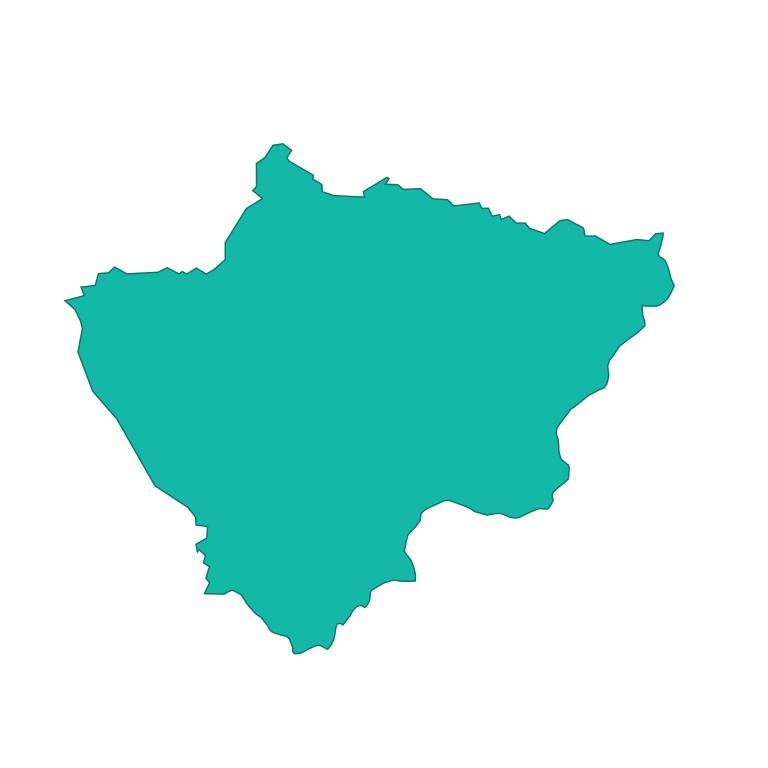 outline of Novatsi, Novaci, North Macedonia, rotated 351°
{"feature_id": "65306769B28760853140319", "entity_name": "Novatsi", "entity_type": "district", "adm_level": 2, "iso_a3": "MKD", "parent_name": "North Macedonia", "parent_adm1": "Novaci", "projection": "albers", "projection_center": [21.684, 41.019], "detail": "fine", "context": "isolated", "style": "filled", "palette": "teal", "viewbox_px": 768, "rotation_deg": 351, "n_neighbors": 0, "source": "geoboundaries", "source_scale": "gbopen_adm2", "svg_char_len": 3225}
<svg xmlns="http://www.w3.org/2000/svg" viewBox="0 0 768 768"><g transform="rotate(351 384 384)"><path d="M173.8,563.0L176.5,563.5L184.1,564.8L190.3,566.0L193.6,566.5L196.5,565.2L202.1,563.8L203.9,565.1L210.1,570.0L213.5,578.0L216.1,582.9L217.9,585.6L221.4,590.9L222.9,592.5L226.1,595.3L231.5,604.9L232.6,608.6L234.2,611.0L236.2,612.4L242.8,615.7L247.8,617.7L249.5,619.1L250.8,621.7L252.4,628.9L252.6,631.1L251.9,633.4L253.4,636.4L258.4,636.9L261.9,636.2L268.1,633.9L274.5,632.1L276.0,631.7L279.7,632.1L283.3,634.6L285.9,636.7L286.9,637.1L288.8,635.7L291.3,633.1L294.5,628.1L296.2,624.0L298.0,617.9L300.0,613.7L303.7,613.6L305.8,615.5L314.3,607.6L316.5,604.6L318.2,602.6L322.0,599.8L324.6,599.1L326.2,599.2L326.8,599.3L327.4,599.5L329.8,601.6L331.5,600.8L333.5,598.8L335.7,596.0L336.6,593.2L337.5,589.4L338.5,586.7L340.1,585.6L342.6,584.5L352.4,580.5L363.1,579.1L369.8,581.4L374.4,582.2L384.0,583.5L385.2,578.2L385.0,573.2L384.4,567.8L382.6,561.1L379.6,555.9L377.9,552.4L381.2,543.2L383.7,537.5L385.8,535.0L392.4,530.3L398.4,524.6L399.0,522.4L400.3,517.8L404.0,515.2L408.2,513.4L421.8,509.7L424.5,508.9L428.1,508.6L430.7,509.4L442.9,516.2L446.3,518.1L448.5,519.5L450.8,521.3L453.2,523.9L465.2,529.6L473.8,529.4L479.0,530.1L483.3,532.6L487.2,535.1L491.5,536.6L496.1,537.1L508.5,533.3L517.3,531.3L519.9,531.8L525.2,533.0L526.3,532.9L527.3,532.3L530.1,529.1L532.3,526.3L533.1,524.4L532.3,522.5L532.7,520.6L533.7,517.9L537.6,514.9L542.9,511.7L544.3,511.0L547.8,509.0L551.3,506.5L553.8,495.8L553.3,492.9L550.1,489.3L547.2,486.0L546.3,480.4L546.3,476.8L546.4,475.4L547.0,471.3L547.3,465.4L546.3,460.1L547.9,454.5L553.4,448.9L563.4,439.3L564.5,438.2L570.8,435.0L572.8,434.0L573.2,433.7L584.0,427.3L595.9,423.3L600.6,422.2L604.0,418.9L605.8,415.0L607.4,410.3L607.5,407.6L607.7,401.2L610.4,396.0L615.0,391.8L622.3,383.6L633.1,377.6L638.5,375.0L642.5,373.0L650.8,367.3L651.3,362.8L650.3,357.2L650.5,351.5L651.1,347.1L658.8,348.7L665.1,349.7L669.3,349.0L673.6,346.8L677.8,343.7L680.4,340.6L686.0,332.6L684.0,325.2L683.1,315.3L682.5,311.8L681.2,306.9L680.6,305.7L679.1,304.0L676.2,301.4L675.2,298.8L675.3,297.9L679.1,290.5L682.7,281.4L683.3,278.6L675.6,278.2L668.3,284.0L656.3,280.9L629.1,281.5L615.7,270.8L605.8,269.5L605.4,261.2L590.9,250.3L583.2,250.2L566.1,260.5L552.1,253.0L548.7,247.2L539.9,245.8L533.7,237.7L525.5,239.9L524.7,234.9L517.0,235.1L514.6,226.8L508.2,225.8L506.3,220.1L480.9,219.1L475.6,211.9L461.4,208.9L450.6,196.8L433.8,194.9L428.5,189.3L416.6,186.9L421.1,181.8L419.2,180.4L393.7,190.8L394.0,196.4L364.0,190.1L353.2,184.5L353.7,177.1L345.7,170.5L346.9,166.8L325.5,149.4L323.2,145.5L329.2,138.9L321.7,131.0L311.7,130.9L301.9,141.7L292.5,146.3L289.0,169.1L284.6,172.5L293.0,181.9L275.5,189.2L249.3,219.5L246.7,236.3L234.7,244.1L225.7,247.7L216.7,240.2L206.5,244.5L202.3,241.4L198.8,243.2L188.0,235.2L178.4,238.3L147.2,235.0L136.1,226.3L129.5,231.1L119.3,230.3L114.2,241.5L100.0,240.9L101.8,249.9L82.0,251.9L90.5,262.1L94.1,274.2L94.8,282.2L86.8,304.5L95.2,345.6L114.7,376.8L141.8,448.6L171.0,475.2L177.1,485.9L176.4,493.9L187.4,497.1L185.0,508.4L173.2,512.9L173.5,520.5L175.5,518.8L180.9,525.5L177.8,532.3L183.0,537.1L177.9,547.8L180.6,553.1L173.8,563.0Z" fill="#14b8a6" stroke="#0f766e" stroke-width="1.5"/></g></svg>